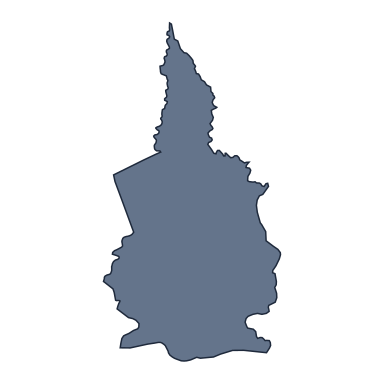 Kaga-Bandoro, Nana-Grébizi, Central African Republic (Albers equal-area conic projection)
{"feature_id": "33826404B9567885504809", "entity_name": "Kaga-Bandoro", "entity_type": "district", "adm_level": 2, "iso_a3": "CAF", "parent_name": "Central African Republic", "parent_adm1": "Nana-Grébizi", "projection": "albers", "projection_center": [19.16, 7.502], "detail": "fine", "context": "isolated", "style": "filled", "palette": "slate", "viewbox_px": 384, "rotation_deg": 0, "n_neighbors": 0, "source": "geoboundaries", "source_scale": "gbopen_adm2", "svg_char_len": 4791}
<svg xmlns="http://www.w3.org/2000/svg" viewBox="0 0 384 384"><path d="M169.6,23.0L169.4,27.8L169.6,29.5L169.4,30.9L167.5,31.7L167.2,32.6L167.0,33.2L167.0,34.2L167.0,34.8L168.1,35.3L168.6,35.4L169.3,36.1L169.6,36.5L169.4,37.5L168.7,38.3L167.4,39.1L167.0,39.6L166.7,41.1L166.9,41.9L167.4,43.3L167.9,44.2L168.9,46.1L169.4,47.0L169.4,48.4L168.6,48.9L167.6,49.6L166.7,50.0L166.4,50.6L166.3,51.9L166.7,52.8L167.1,53.8L167.2,54.9L166.2,56.2L165.3,56.4L164.6,56.8L164.1,58.2L164.5,59.4L164.8,60.4L165.0,61.9L164.8,62.5L164.0,64.3L163.7,64.9L162.7,65.5L160.7,66.0L160.0,66.2L160.2,68.6L160.4,70.2L160.5,71.8L160.9,73.1L161.3,73.8L162.8,74.5L163.4,74.7L164.6,75.2L165.6,75.6L166.3,75.8L167.0,78.4L167.3,79.5L167.9,80.2L167.6,81.6L167.2,82.5L167.1,83.8L167.7,86.7L168.2,87.4L168.1,88.5L167.7,89.1L167.0,89.6L165.8,90.2L165.7,90.5L165.8,91.7L166.8,95.6L166.7,96.8L166.1,97.6L165.3,98.1L164.6,98.9L164.7,100.3L166.0,100.9L167.3,101.6L167.0,103.3L166.7,103.8L166.0,104.5L165.4,105.1L165.1,105.9L164.9,107.0L164.6,108.6L164.2,108.7L162.7,109.5L162.4,109.7L162.0,112.2L161.9,113.1L161.9,114.9L162.2,115.9L162.0,116.8L160.7,118.3L160.8,119.1L161.2,119.6L161.6,120.0L162.0,121.1L162.2,121.6L162.1,122.9L161.7,124.1L161.2,124.9L160.4,125.5L159.5,126.2L158.9,126.4L157.4,126.9L156.4,127.4L155.8,127.9L155.9,128.4L157.1,129.6L157.3,129.9L158.4,130.4L159.0,131.1L159.1,131.9L158.7,133.2L157.2,134.5L154.9,134.9L154.2,135.5L153.7,136.1L154.0,137.1L154.7,138.0L156.2,139.7L156.4,140.5L156.1,142.4L155.9,142.9L155.4,143.7L154.7,144.6L154.3,145.4L154.3,146.7L154.6,148.7L155.0,149.5L156.5,150.8L158.3,150.9L159.4,150.9L160.1,151.1L160.7,152.1L160.1,152.3L158.9,152.9L157.8,153.4L155.5,154.4L154.7,154.8L143.7,160.0L113.6,174.9L115.0,181.5L122.1,200.6L133.7,232.2L132.0,234.4L130.6,235.3L129.4,235.8L127.7,236.3L126.3,236.5L124.2,237.2L123.4,237.8L122.8,238.4L122.0,240.6L121.9,241.9L122.2,243.1L122.3,244.1L122.5,245.0L122.5,246.1L121.7,247.1L120.4,247.8L118.9,248.6L116.8,249.7L114.5,250.7L112.7,252.4L112.4,254.2L116.5,255.5L117.9,256.1L118.5,256.2L118.9,256.6L119.1,257.4L119.1,258.0L118.5,258.7L117.6,259.4L116.5,259.7L115.3,260.1L114.7,260.7L113.6,261.5L113.2,262.2L112.4,263.7L112.1,265.2L111.6,266.9L111.7,267.5L111.7,268.6L111.7,270.5L111.3,271.8L110.7,273.3L109.7,274.3L107.0,275.0L106.5,275.3L105.1,276.1L104.4,277.2L104.3,278.8L103.9,280.1L103.5,281.5L104.6,282.3L113.0,288.9L114.2,292.5L115.6,300.2L116.4,300.6L117.7,300.5L119.4,300.6L120.0,301.0L119.7,301.9L118.8,303.5L117.8,306.3L117.1,308.9L128.5,317.6L132.8,318.6L135.9,320.2L137.4,321.8L139.0,323.6L138.9,325.1L138.8,327.1L137.7,328.8L133.5,330.5L129.0,333.4L125.3,335.0L123.6,335.9L121.9,338.5L120.9,343.2L120.2,347.8L130.2,347.9L147.7,344.1L154.4,343.1L158.3,342.4L160.4,342.4L161.8,342.9L164.0,344.4L165.3,345.6L168.1,351.1L168.5,352.9L169.9,355.1L172.2,356.9L174.5,358.3L176.8,359.2L181.2,360.8L184.2,361.0L186.7,360.8L190.6,359.9L196.7,357.3L200.4,358.2L213.5,357.0L220.5,354.1L232.6,350.4L243.7,350.3L266.5,352.7L269.4,348.2L270.6,345.5L270.3,342.5L269.3,340.6L266.6,340.4L265.1,340.6L263.5,338.8L262.1,337.6L260.1,337.5L257.7,338.4L256.5,336.6L255.7,331.6L253.3,329.2L247.7,328.1L246.8,326.6L245.1,322.2L246.1,318.5L248.1,316.3L253.0,314.3L257.5,313.4L261.9,314.3L266.3,313.4L269.1,311.4L268.9,309.9L268.3,307.2L268.7,305.4L275.2,302.2L276.8,297.7L276.6,293.3L275.5,289.8L274.7,287.5L276.2,284.8L276.4,281.6L275.0,273.7L272.6,272.7L272.8,270.4L274.6,267.8L276.0,265.7L279.3,258.9L280.5,254.7L280.3,252.6L277.9,249.4L273.4,246.3L266.1,240.8L265.7,231.6L261.6,224.5L260.3,222.9L257.3,212.3L256.4,205.3L257.2,200.0L259.4,195.8L262.8,194.4L268.5,186.4L267.7,183.3L266.0,183.7L264.1,186.5L262.0,185.9L260.7,183.8L259.2,183.0L257.8,183.0L256.4,182.9L255.1,181.8L253.0,182.1L249.1,181.6L247.6,180.7L247.9,176.4L249.9,173.1L250.7,170.2L249.5,168.2L246.0,167.5L246.4,165.4L248.1,163.2L249.0,162.2L246.5,162.3L244.4,162.9L242.4,161.5L239.7,159.8L239.2,158.1L238.2,156.8L236.9,155.7L234.7,155.8L232.9,157.4L230.7,157.7L228.8,156.0L226.0,153.2L225.2,153.3L225.0,155.9L223.6,155.9L222.7,154.1L219.3,150.4L217.5,150.5L216.4,152.4L216.0,153.8L213.8,153.3L211.5,149.5L207.8,144.4L208.6,142.5L211.0,141.5L212.2,139.9L211.6,138.1L209.5,137.2L208.3,134.7L208.0,133.0L210.0,130.8L212.3,129.5L212.9,128.4L212.0,126.6L210.9,125.4L210.0,123.6L212.5,120.3L213.3,117.4L211.8,114.0L211.3,110.4L213.5,109.1L215.9,108.1L216.8,107.3L214.0,105.8L213.1,104.6L212.2,102.4L213.1,99.7L214.7,97.8L214.2,96.2L212.9,95.0L212.9,93.5L211.0,91.6L210.6,87.1L206.5,84.9L204.5,81.7L201.3,79.8L200.1,76.5L198.5,74.0L196.3,73.6L195.9,72.0L195.2,70.1L194.4,68.8L195.1,67.1L195.5,66.2L194.5,64.8L193.3,63.4L192.9,60.4L191.4,58.3L189.0,55.5L186.6,53.2L184.0,52.7L180.4,48.7L177.8,41.0L174.3,39.1L172.5,29.6L171.4,24.1L169.6,23.0Z" fill="#64748b" stroke="#1e293b" stroke-width="1.5"/></svg>